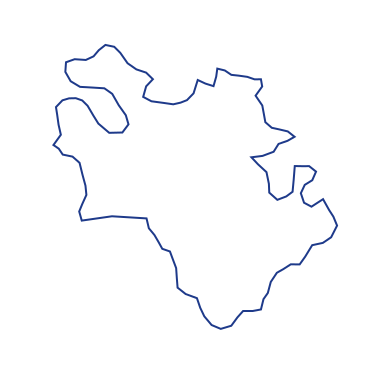 Águas Frias, Santa Catarina, Brazil (Robinson projection), rotated 190°
{"feature_id": "56859067B4430319008456", "entity_name": "Águas Frias", "entity_type": "district", "adm_level": 2, "iso_a3": "BRA", "parent_name": "Brazil", "parent_adm1": "Santa Catarina", "projection": "robinson", "projection_center": [-52.849, -26.847], "detail": "fine", "context": "isolated", "style": "outline", "palette": "blue", "viewbox_px": 384, "rotation_deg": 190, "n_neighbors": 0, "source": "geoboundaries", "source_scale": "gbopen_adm2", "svg_char_len": 1735}
<svg xmlns="http://www.w3.org/2000/svg" viewBox="0 0 384 384"><g transform="rotate(190 192 192)"><path d="M295.6,144.7L266.6,154.2L232.2,158.1L228.2,148.8L221.5,143.1L216.0,136.6L211.4,130.9L203.4,129.6L199.6,123.1L194.4,114.3L192.0,104.6L189.6,95.3L180.5,90.4L168.7,88.3L163.8,79.4L158.3,71.7L149.6,64.4L139.9,62.2L130.1,67.1L125.5,76.4L121.0,83.7L111.4,85.4L103.7,88.3L103.0,98.9L99.8,105.7L98.8,117.1L94.4,127.2L88.8,131.8L82.2,137.9L73.4,139.4L69.3,148.0L64.4,160.5L54.3,164.6L47.1,171.6L43.3,184.1L48.5,192.3L53.8,198.0L61.7,207.7L71.8,198.3L79.8,200.9L84.6,209.7L82.2,218.6L75.6,224.5L73.4,233.6L81.1,237.8L87.7,236.6L95.3,235.4L94.0,221.9L93.0,209.7L98.4,204.0L106.6,199.1L115.8,204.8L117.7,213.4L122.1,224.5L131.9,230.8L139.5,236.5L128.8,239.8L118.6,245.8L115.1,254.4L106.8,259.0L100.6,264.2L108.2,268.3L117.0,268.8L124.6,269.1L131.9,273.5L134.6,280.8L137.8,289.4L146.1,297.9L141.2,308.1L143.7,315.0L149.9,313.8L157.5,315.0L166.3,314.7L173.6,314.2L180.8,317.4L188.5,317.9L188.2,309.8L189.2,300.0L197.6,301.1L205.8,303.3L207.6,289.4L212.9,281.6L218.8,278.0L225.7,275.1L235.3,274.8L247.7,274.3L256.6,277.2L255.5,288.1L250.1,296.3L257.9,301.6L268.1,303.1L277.8,307.6L286.8,316.6L293.8,321.5L302.8,321.8L308.4,315.5L312.5,308.5L319.5,303.6L330.6,302.4L338.6,297.9L337.6,288.3L330.7,280.0L320.5,276.1L313.9,276.9L307.0,277.7L296.3,278.9L287.6,274.8L279.2,264.7L270.5,256.1L266.3,247.6L270.9,238.5L283.8,235.9L296.1,243.1L302.2,249.9L309.8,258.8L316.0,263.1L322.7,264.2L329.3,262.9L335.5,259.8L340.7,252.0L338.2,244.7L335.1,235.1L331.1,225.6L336.6,214.2L330.7,211.5L325.8,206.4L315.8,206.1L307.8,201.2L302.8,189.9L298.0,179.7L295.5,170.8L298.0,161.0L299.7,153.2L295.6,144.7Z" fill="none" stroke="#1e3a8a" stroke-width="2"/></g></svg>